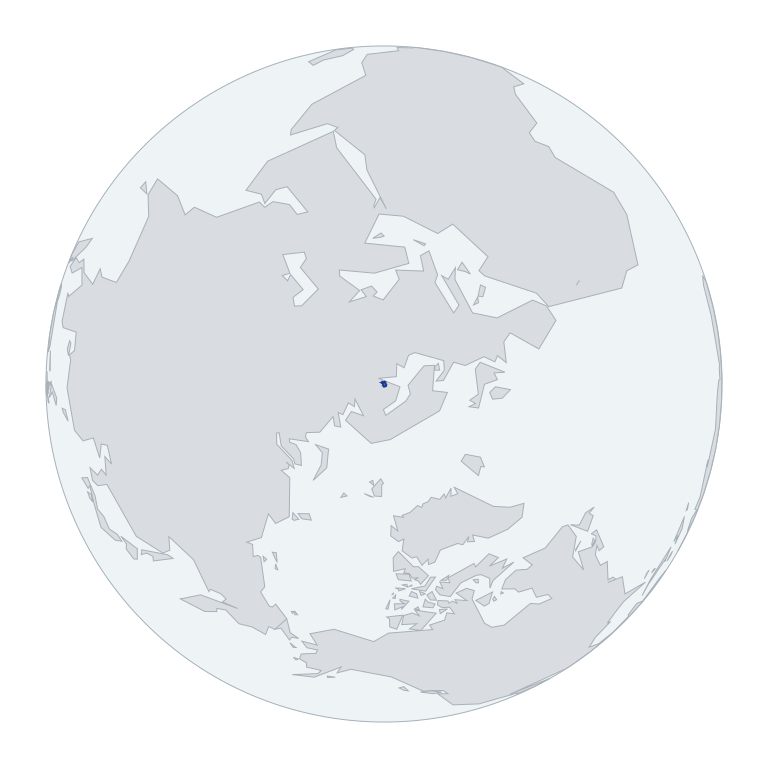 Kymenlaakso on an orthographic globe, rotated 190°
{"feature_id": "FIN-3187", "entity_name": "Kymenlaakso", "entity_type": "Province", "adm_level": 1, "iso_a3": "FIN", "parent_name": "Finland", "parent_adm1": "", "projection": "orthographic", "projection_center": [26.947, 60.833], "detail": "fine", "context": "on_globe", "style": "filled", "palette": "blue", "viewbox_px": 768, "rotation_deg": 190, "n_neighbors": 0, "source": "natural_earth", "source_scale": "10m", "svg_char_len": 12544}
<svg xmlns="http://www.w3.org/2000/svg" viewBox="0 0 768 768"><g transform="rotate(190 384 384)"><circle cx="384" cy="384" r="338" fill="#eef3f6" stroke="#a8b0b8"/><path d="M83.6,229.3L84.6,227.3L91.4,214.9L104.3,194.4L118.6,174.8L134.3,156.4L151.2,139.0L156.0,134.8L206.1,100.3L169.7,122.8L183.2,112.4L199.8,101.6L197.7,103.5L218.5,93.5L234.8,85.5L260.4,80.0L277.0,88.1L267.4,90.2L272.4,92.4L284.8,90.2L291.7,88.3L326.0,96.8L367.0,97.3L380.0,91.4L377.1,97.9L401.7,83.2L424.0,81.9L398.8,87.3L396.1,91.0L411.2,91.8L411.8,95.8L419.4,98.7L418.7,103.7L404.1,107.0L403.3,110.5L414.1,110.9L420.2,116.5L404.5,115.3L413.5,125.2L390.6,133.8L349.3,128.5L336.4,139.4L293.4,150.6L297.2,154.5L283.3,162.0L282.4,169.5L274.7,169.9L280.7,175.6L287.9,173.8L293.0,175.8L293.2,180.2L283.3,181.4L281.8,179.4L279.0,182.0L274.0,180.8L276.6,183.9L264.6,185.1L276.6,190.6L267.2,197.1L259.2,196.2L260.0,187.6L243.4,165.8L235.6,163.1L223.8,167.4L201.7,193.3L193.0,194.3L181.4,202.0L186.1,205.2L196.9,200.4L202.8,208.7L215.3,202.4L219.5,205.0L232.4,202.6L230.4,212.4L221.6,223.6L210.8,226.4L206.6,231.6L216.8,237.0L196.7,250.5L183.5,274.4L178.4,277.2L168.2,267.3L168.2,246.4L155.1,235.6L163.5,252.5L150.3,260.0L148.2,265.6L148.9,271.3L153.8,272.4L149.3,277.3L139.3,261.9L143.2,257.2L146.3,262.0L146.2,252.4L139.4,243.0L133.3,248.0L129.4,230.1L125.0,233.6L121.7,232.0L129.0,227.4L115.8,235.6L110.2,219.1L92.1,234.3L110.0,211.6L116.4,199.8L122.6,187.3L119.6,189.4L131.9,171.2L136.2,160.5L127.6,165.4L115.3,179.4L102.6,198.1L103.5,199.0L96.9,211.9L91.6,215.1L78.4,241.6L74.0,249.5L83.6,229.3ZM65.7,270.4L64.6,273.8L59.5,289.8L59.5,292.9L57.8,304.9L54.1,314.2L56.1,314.7L53.1,327.8L52.0,359.3L51.2,358.9L49.7,397.1L54.0,431.8L55.0,445.8L53.9,446.5L56.7,458.2L56.9,461.3L73.5,507.8L86.5,536.8L89.1,546.2L84.2,540.0L73.9,518.3L65.2,496.0L58.1,473.2L52.6,449.9L48.7,426.2L46.6,402.4L46.1,378.4L47.4,354.5L50.3,330.7L54.9,307.2L61.2,284.1L62.0,281.6L65.7,270.4ZM87.7,237.5L73.0,273.5L76.6,257.6L76.8,259.5L81.5,249.3L88.7,233.1L93.1,220.4L87.7,237.5ZM91.8,243.0L93.9,237.5L92.5,242.4L91.8,243.0ZM294.7,86.9L285.0,89.8L273.6,90.6L281.6,87.6L294.7,86.9ZM316.4,87.3L312.0,89.4L306.8,86.0L310.9,85.8L316.4,87.3ZM389.1,86.5L381.1,86.8L388.7,85.2L389.1,86.5ZM420.6,98.3L422.7,97.0L425.8,99.1L420.6,98.3ZM232.6,197.4L232.5,199.9L230.1,199.0L232.6,197.4ZM238.3,194.0L235.7,191.2L238.0,189.2L239.6,191.0L238.3,194.0ZM427.5,108.7L431.8,112.8L424.9,109.2L427.5,108.7ZM241.0,198.0L242.5,186.1L246.6,182.7L256.0,186.8L241.0,198.0ZM432.6,115.5L443.2,125.7L448.8,123.5L439.0,135.9L433.2,122.8L423.9,118.6L430.8,118.6L432.6,115.5ZM290.2,171.4L282.5,173.5L288.7,167.7L290.2,171.4ZM292.9,167.3L304.9,147.7L316.4,147.2L310.1,153.6L324.8,150.1L324.4,159.4L316.3,163.4L309.0,161.8L314.4,166.7L292.9,167.3ZM431.9,141.3L432.2,144.5L429.0,141.8L431.9,141.3ZM295.5,176.2L296.9,172.1L306.9,171.3L306.0,179.3L303.0,177.0L295.5,176.2ZM328.8,144.7L336.1,145.8L337.8,153.5L340.9,155.0L325.4,159.6L328.8,144.7ZM300.8,179.4L305.2,183.5L300.6,188.0L294.8,180.2L300.8,179.4ZM310.0,167.8L314.7,167.9L311.7,170.4L310.0,167.8ZM286.9,206.8L288.3,201.6L293.7,200.6L286.9,206.8ZM307.1,184.7L308.7,183.2L311.0,182.3L312.8,185.9L307.1,184.7ZM327.7,164.9L326.9,168.0L334.1,163.4L335.7,169.3L325.1,171.3L330.4,172.9L330.9,174.7L321.7,174.4L327.7,164.9ZM321.5,187.1L308.6,192.2L304.7,201.8L299.8,202.8L307.0,187.2L321.5,187.1ZM322.4,179.6L320.8,184.4L315.5,183.1L313.5,179.0L322.4,179.6ZM340.6,172.6L340.9,163.0L343.2,162.9L340.6,172.6ZM321.4,190.1L324.5,188.8L321.8,190.9L321.4,190.1ZM335.9,178.2L335.7,174.7L338.3,174.7L335.9,178.2ZM331.0,189.3L326.8,190.8L325.2,188.0L331.0,189.3ZM334.0,184.4L337.7,185.2L327.2,186.1L333.5,182.8L334.0,184.4ZM338.4,178.7L339.9,177.6L338.1,180.2L338.4,178.7ZM339.2,199.2L326.3,201.0L322.9,194.7L335.9,193.8L339.2,199.2ZM329.1,717.4L322.8,716.2L298.5,703.9L307.9,699.2L304.8,692.0L278.8,667.5L284.5,656.7L277.4,649.2L263.0,646.4L254.8,636.8L246.0,633.5L191.1,612.7L174.4,593.1L154.6,545.4L164.6,537.6L166.5,519.8L235.1,488.8L249.6,499.9L303.5,507.9L310.2,512.1L303.7,527.4L344.1,553.4L357.3,541.5L394.0,552.6L418.4,550.5L427.4,519.4L387.3,522.4L380.5,507.1L412.7,491.5L447.8,488.5L446.3,482.6L424.2,471.8L432.4,458.8L416.6,467.0L422.9,472.8L413.2,478.3L406.8,473.4L409.9,468.8L399.4,466.7L387.2,489.8L392.3,498.2L364.6,502.1L370.4,516.7L362.9,523.0L350.2,500.8L351.5,492.8L327.7,466.1L323.8,474.7L346.0,500.8L339.0,498.3L333.9,511.0L332.3,499.3L309.1,469.4L284.2,468.7L252.2,492.4L237.7,489.2L225.7,476.5L237.6,445.4L268.7,456.3L273.3,446.2L267.3,426.3L277.2,431.6L278.6,425.1L290.4,428.2L307.2,416.3L319.2,417.6L326.1,397.7L333.2,395.9L327.0,408.0L329.2,417.4L359.1,420.3L364.9,416.4L367.0,403.5L374.9,406.2L373.1,393.4L390.4,388.6L367.8,384.0L369.6,369.5L380.2,358.7L376.7,353.4L359.5,371.0L356.3,378.9L360.1,386.9L347.8,408.8L337.5,411.2L335.0,385.8L320.1,386.7L324.6,367.2L368.3,330.3L386.3,323.3L415.6,341.6L411.3,351.2L398.6,349.2L410.0,364.2L409.2,356.6L415.8,359.2L419.2,346.7L424.1,347.9L419.1,334.1L425.4,334.2L428.5,343.0L438.9,325.4L452.1,322.6L452.1,318.1L448.4,314.1L467.7,313.6L466.8,310.3L460.2,309.1L454.2,302.0L451.2,289.4L458.0,289.9L460.0,294.5L474.5,305.3L478.8,317.9L481.3,316.9L479.2,306.1L461.5,292.9L457.8,285.3L466.9,290.2L463.3,287.8L463.6,284.1L470.2,281.2L460.5,275.3L454.3,236.8L466.5,227.8L475.3,236.1L478.1,211.5L491.7,204.4L485.6,203.2L482.8,191.3L478.5,193.3L475.4,191.9L466.2,163.6L469.4,157.8L458.5,145.4L455.4,144.9L452.4,148.4L439.0,135.9L448.8,123.5L455.4,125.1L457.1,116.8L472.0,121.9L485.1,122.7L500.6,134.0L509.6,134.0L509.2,130.8L521.1,128.9L547.2,137.0L528.0,144.5L489.2,137.5L505.2,141.3L502.1,144.9L508.2,149.1L519.4,151.7L520.4,149.2L541.2,178.0L569.4,196.4L566.1,183.1L572.4,179.1L601.5,191.0L639.4,237.0L648.2,234.2L654.3,238.5L659.0,250.6L650.2,244.5L647.5,251.0L641.8,246.0L646.3,264.1L638.4,257.8L645.8,275.5L652.1,275.8L651.1,261.8L660.9,280.4L670.5,275.8L680.7,284.6L695.5,325.2L696.8,353.4L698.8,358.1L694.6,363.2L696.1,381.6L709.8,383.8L711.9,389.6L711.1,419.0L709.8,415.4L698.6,429.0L701.7,446.2L710.4,439.1L713.5,445.2L709.2,455.1L705.3,450.5L701.3,454.9L698.7,441.6L688.2,431.6L683.5,448.2L680.3,440.3L665.2,437.5L656.4,460.8L644.8,508.2L649.2,529.4L642.6,546.7L620.0,533.6L609.2,516.0L601.4,525.2L577.8,519.1L538.3,541.6L532.3,537.3L524.9,544.3L508.2,544.3L499.0,535.9L489.0,540.3L513.7,561.5L524.3,556.5L532.7,541.0L537.6,549.6L553.6,550.8L537.2,583.3L477.8,624.0L471.6,608.4L423.9,564.6L425.0,557.9L424.8,557.2L424.2,556.0L420.3,567.0L412.0,556.8L438.0,591.8L442.6,606.4L477.0,625.2L473.9,628.5L484.9,630.6L519.3,613.0L519.6,618.3L503.6,647.0L455.5,684.8L461.7,696.6L457.8,705.7L427.4,714.8L429.6,717.6L413.9,720.0L412.6,720.7L409.1,721.0L382.3,721.9L355.6,720.7L329.1,717.4ZM211.6,514.7L209.7,520.0L211.6,514.7ZM485.4,500.0L506.1,493.9L495.9,476.8L503.0,473.2L496.9,468.9L495.0,475.6L480.0,462.9L488.6,453.6L485.7,445.1L478.6,446.8L465.2,466.1L486.6,484.2L482.2,494.1L485.4,500.0ZM52.1,360.2L51.6,365.8L51.4,360.7L52.1,360.2ZM74.6,258.6L72.7,265.0L70.8,269.5L71.9,265.2L74.6,258.6ZM64.4,311.9L63.4,320.1L63.4,313.0L64.4,311.9ZM71.2,279.1L65.1,305.8L65.3,293.4L69.6,276.8L68.1,286.2L71.2,279.1ZM87.7,244.4L85.9,248.9L84.8,249.1L87.7,244.4ZM90.7,246.7L91.0,245.3L92.9,242.3L90.7,246.7ZM151.0,260.9L151.6,262.3L151.2,268.3L149.1,266.2L151.0,260.9ZM163.1,292.1L155.6,299.3L159.5,292.5L155.1,290.6L157.9,274.3L175.9,277.8L167.2,278.9L163.1,292.1ZM166.6,254.2L162.8,263.7L166.3,253.2L166.6,254.2ZM274.5,387.9L278.4,394.0L273.7,400.6L258.5,400.4L265.1,390.5L274.5,387.9ZM285.0,401.2L286.7,376.8L296.2,376.4L290.6,380.7L296.7,382.9L289.3,390.4L296.7,414.5L293.0,422.1L267.0,416.6L277.5,414.0L273.1,408.0L285.0,401.2ZM274.3,319.6L275.1,310.2L294.6,321.4L291.6,328.9L276.3,328.7L270.8,319.8L274.3,319.6ZM257.3,208.1L256.4,204.6L259.1,204.2L262.1,206.7L257.3,208.1ZM287.1,204.4L264.2,222.9L262.0,219.8L251.2,235.0L241.2,232.9L248.5,223.0L232.7,233.0L235.3,223.3L225.2,231.1L242.5,209.4L244.2,201.4L246.2,211.0L255.3,213.1L259.8,211.6L273.7,201.6L281.9,186.1L292.3,186.1L297.5,190.3L297.1,194.0L290.4,192.7L294.7,198.7L284.8,199.7L287.1,204.4ZM352.3,245.7L344.8,241.6L351.7,255.9L341.8,256.1L343.3,257.7L336.1,262.0L329.8,270.2L325.4,268.9L324.8,272.7L320.1,275.8L317.9,280.6L309.1,280.1L305.7,286.1L303.5,282.5L299.9,293.1L298.6,285.1L292.3,288.7L296.9,294.5L255.0,282.5L238.5,284.5L225.4,290.8L224.9,276.8L236.9,262.4L254.6,250.3L270.6,250.7L267.5,244.6L274.3,243.1L273.9,248.5L278.5,239.4L283.9,239.7L299.7,230.3L303.0,217.4L308.8,213.9L310.3,219.1L315.1,212.0L321.9,219.6L326.2,217.4L337.2,222.9L337.5,234.7L342.4,231.3L351.0,235.6L352.3,245.7ZM342.1,201.1L344.8,214.6L340.7,221.5L323.2,209.1L318.3,210.1L307.0,202.9L313.2,193.1L315.9,196.0L319.9,196.6L316.4,199.4L322.2,197.6L326.1,201.7L331.7,201.5L331.0,205.8L342.1,201.1ZM318.0,507.2L323.2,508.8L331.4,509.3L328.3,517.5L318.0,507.2ZM301.8,487.1L306.6,486.9L306.2,498.4L300.8,496.9L301.8,487.1ZM309.5,477.4L306.8,486.0L305.0,480.5L309.5,477.4ZM331.5,407.3L336.6,406.5L337.0,409.6L334.1,413.8L331.5,407.3ZM370.8,290.0L367.2,286.1L368.7,284.3L366.8,272.8L373.9,272.0L377.9,278.6L370.8,290.0ZM420.4,525.5L413.2,532.2L409.6,529.7L412.8,527.9L420.4,525.5ZM368.5,527.1L380.2,531.2L367.5,529.3L368.5,527.1ZM378.3,287.2L376.6,282.5L381.2,285.0L378.3,287.2ZM379.0,270.9L384.5,272.7L374.5,270.6L379.0,270.9ZM514.2,688.3L489.5,704.6L474.0,709.2L471.9,708.3L481.6,700.2L499.9,692.5L509.1,685.5L514.2,688.3ZM713.8,457.7L714.1,456.4L714.3,455.5L713.8,457.7ZM713.8,457.5L709.2,471.0L696.6,476.7L701.3,466.8L713.1,450.6L712.5,455.0L715.4,448.2L713.8,457.5ZM719.7,422.9L719.2,426.9L718.6,423.8L719.0,415.6L720.0,408.4L719.5,363.2L720.2,357.0L721.4,372.8L721.7,371.0L721.7,397.0L719.7,422.9ZM650.6,530.1L658.0,534.9L653.8,541.8L650.6,530.1ZM715.8,340.0L718.3,358.9L715.0,338.6L715.8,340.0ZM711.8,324.6L713.3,327.5L712.1,328.7L711.8,324.6ZM702.0,363.4L701.1,372.1L699.4,369.7L699.6,357.2L702.0,363.4ZM688.6,292.5L694.7,300.1L696.7,304.2L693.3,303.3L688.6,292.5ZM437.0,276.8L431.8,293.5L432.8,305.6L440.8,312.4L427.3,310.3L425.8,291.5L437.0,276.8ZM451.4,241.5L444.4,236.1L448.8,234.1L451.0,235.0L451.4,241.5ZM446.2,241.4L435.1,243.2L432.0,237.3L441.4,237.0L446.2,241.4ZM406.7,264.8L404.7,269.7L401.0,267.4L406.7,264.8ZM716.7,324.8L716.5,327.6L718.0,338.0L713.4,313.3L714.6,314.6L716.7,324.8ZM714.0,319.1L715.6,328.7L712.9,316.0L714.0,319.1ZM715.0,328.6L713.4,325.2L713.1,319.8L715.0,328.6ZM713.5,315.3L710.4,306.8L711.7,308.0L713.5,315.3ZM709.2,318.4L711.3,312.5L711.4,326.2L703.8,313.3L703.1,306.0L709.2,318.4ZM657.2,226.3L653.1,224.5L650.4,217.3L654.0,220.6L657.2,226.3ZM637.8,193.7L648.4,214.9L656.1,232.8L657.2,229.8L665.3,239.1L659.8,240.4L649.1,223.6L644.4,211.2L636.9,204.8L629.3,193.5L620.4,189.5L614.9,183.6L621.5,183.5L637.8,193.7ZM616.7,188.4L598.4,179.0L596.5,168.6L600.1,168.3L609.3,176.9L609.8,181.8L616.7,188.4ZM593.4,173.8L593.7,178.7L567.4,178.2L561.4,175.6L580.4,169.7L581.6,174.1L588.4,176.3L593.4,173.8ZM435.8,144.0L432.5,144.4L434.3,142.1L435.8,144.0ZM473.1,193.3L469.1,191.0L471.2,188.1L473.1,193.3ZM459.1,183.1L459.5,188.0L456.3,182.6L459.1,183.1ZM460.8,199.1L458.3,189.8L464.8,199.0L460.8,199.1Z" fill="#d9dde1" stroke="#a8b0b8" stroke-width="1"/><path d="M387.1,385.0L386.7,385.3L386.5,385.6L386.4,385.6L386.3,385.8L386.2,386.0L386.0,385.9L385.9,385.9L385.9,386.0L386.0,386.0L385.9,386.1L385.6,385.9L385.6,386.0L385.2,386.0L385.1,385.9L384.9,385.9L385.0,385.8L385.0,385.7L384.8,385.6L384.7,385.5L384.7,385.8L384.5,385.7L384.4,385.8L384.3,385.7L384.2,385.7L384.2,385.8L384.1,386.0L384.0,386.3L383.9,386.2L383.6,386.2L383.4,386.1L383.4,386.3L383.2,386.4L383.0,386.2L382.9,386.3L382.7,386.2L382.8,385.9L382.9,385.7L382.9,385.4L383.1,385.3L383.4,385.5L383.4,385.3L383.3,385.1L383.2,385.1L382.9,385.4L382.7,385.4L382.6,385.2L382.3,384.9L382.2,384.8L382.2,384.7L382.1,384.4L382.0,384.5L381.9,384.4L381.8,384.2L381.7,384.0L381.5,383.9L381.6,383.7L381.7,383.4L381.4,383.3L381.4,383.1L381.5,383.1L381.7,382.9L381.6,382.7L381.5,382.4L381.5,382.2L381.8,382.2L382.2,382.1L382.4,381.8L382.5,381.7L382.6,381.4L382.8,381.4L383.1,381.3L383.2,381.5L383.2,381.8L383.3,381.7L383.5,381.6L383.5,381.4L383.8,381.3L383.8,381.5L383.9,381.8L384.0,382.0L384.8,382.1L384.7,382.2L384.7,382.3L384.8,382.4L384.8,382.5L384.7,382.5L384.6,382.8L384.6,383.0L384.8,383.1L384.8,383.3L384.7,383.3L384.6,383.2L384.5,383.3L384.8,383.5L385.2,383.8L385.3,383.8L385.5,384.1L386.1,384.2L386.2,384.3L386.3,384.4L386.5,384.4L386.6,384.5L386.8,384.8L387.0,385.0L387.1,385.0ZM383.0,386.3L383.1,386.5L382.9,386.5L382.7,386.5L382.9,386.4L383.0,386.3L383.0,386.3Z" fill="#3b82f6" stroke="#1e3a8a" stroke-width="1.5"/></g></svg>